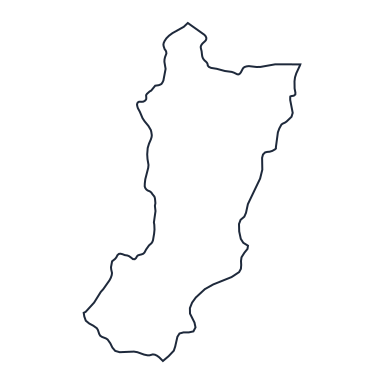 an SVG outline of Zamora Chinchipe
{"feature_id": "ECU-1269", "entity_name": "Zamora Chinchipe", "entity_type": "Province", "adm_level": 1, "iso_a3": "ECU", "parent_name": "Ecuador", "parent_adm1": "", "projection": "albers", "projection_center": [-78.963, -4.167], "detail": "fine", "context": "isolated", "style": "outline", "palette": "slate", "viewbox_px": 384, "rotation_deg": 0, "n_neighbors": 0, "source": "natural_earth", "source_scale": "10m", "svg_char_len": 2987}
<svg xmlns="http://www.w3.org/2000/svg" viewBox="0 0 384 384"><path d="M300.3,64.4L300.0,65.3L296.3,73.3L295.0,77.4L294.5,81.3L294.6,88.5L295.4,92.6L295.3,94.5L293.8,95.7L291.2,96.1L290.3,96.5L290.2,97.5L290.2,100.0L292.7,112.9L291.5,116.8L286.6,121.5L285.0,122.6L282.6,123.7L281.4,124.6L279.3,128.5L277.9,132.3L275.9,147.1L275.9,148.5L275.1,149.3L272.3,150.9L269.7,151.7L267.3,151.9L265.1,152.4L263.0,154.5L262.1,157.8L262.3,169.7L260.1,178.6L247.9,204.1L246.0,212.8L244.3,216.7L240.6,219.8L239.0,224.0L239.2,231.5L240.8,238.9L243.3,242.8L248.0,245.7L247.5,248.9L244.4,252.7L241.5,257.3L241.0,261.0L241.2,265.0L240.9,268.8L239.1,272.1L233.7,275.7L231.5,277.1L213.3,284.4L204.9,289.1L195.8,297.5L192.1,302.6L189.9,308.1L190.0,313.6L194.5,322.6L195.5,327.4L193.4,331.4L188.8,332.4L183.5,332.4L179.5,333.5L177.4,336.8L175.2,346.5L173.8,350.7L168.6,356.2L162.9,361.0L159.2,357.3L157.0,355.7L154.9,354.7L152.8,354.4L149.6,355.3L147.5,355.3L144.1,354.6L137.4,352.2L133.9,351.6L129.0,351.8L119.7,352.2L115.2,350.9L112.4,347.6L110.3,343.3L107.6,339.5L105.9,338.4L102.0,336.9L100.2,335.7L99.2,333.9L97.9,330.0L96.8,328.2L93.3,325.7L89.2,323.5L85.8,320.7L84.3,316.5L83.7,312.8L85.6,311.9L94.1,302.6L100.8,291.9L103.3,289.1L109.5,280.3L110.8,277.8L111.7,275.2L112.0,273.0L111.2,269.4L111.0,267.2L112.1,261.3L115.1,258.9L116.3,257.4L117.5,255.1L118.9,253.9L120.4,253.7L122.5,254.2L124.8,255.1L127.4,255.5L129.1,256.2L131.2,257.7L132.9,259.1L134.7,259.2L136.0,258.1L137.0,256.3L138.1,255.3L139.8,254.8L141.5,254.4L143.3,253.7L144.5,252.5L146.1,249.5L149.0,245.4L151.5,243.2L152.4,241.8L153.0,240.2L154.1,233.7L154.5,229.6L154.3,224.7L153.9,222.4L155.5,211.1L154.9,205.8L155.4,203.2L155.1,199.8L154.9,198.2L154.4,196.6L152.2,193.9L151.6,192.9L150.7,192.0L149.7,191.3L147.7,190.5L147.0,190.0L146.4,189.5L145.8,188.8L145.2,187.8L144.7,186.3L144.8,183.4L145.3,179.2L148.2,167.9L148.5,165.0L147.5,159.0L147.2,154.3L147.7,148.0L149.0,143.7L150.9,139.3L151.6,137.0L151.8,135.2L151.3,131.9L150.8,130.0L148.4,125.9L144.6,121.3L142.6,118.3L139.8,111.7L137.9,108.2L137.4,106.6L137.0,104.7L137.3,103.3L137.9,102.4L138.9,101.8L139.9,101.7L141.1,101.8L143.1,101.7L144.2,101.2L145.1,100.6L146.1,99.4L146.3,98.1L146.1,95.2L146.9,93.9L149.7,91.4L151.2,90.6L155.2,85.7L158.7,85.2L160.0,84.7L161.4,84.0L162.5,82.4L163.4,80.5L165.6,68.9L164.4,61.8L164.5,59.5L165.0,57.2L166.4,53.5L166.2,51.8L165.7,50.5L164.7,49.3L163.7,46.4L163.4,44.7L163.7,43.0L164.6,41.0L166.4,38.3L169.0,35.7L172.5,33.1L183.8,26.8L187.8,23.0L204.4,34.8L205.7,36.3L206.3,37.8L206.3,39.0L205.8,40.3L204.9,41.3L202.7,43.3L201.7,44.5L201.0,45.8L200.7,47.0L200.9,48.4L201.6,51.2L202.0,54.8L202.3,56.6L202.8,58.0L203.5,59.2L204.6,60.5L206.2,61.9L207.1,63.0L207.6,64.2L207.8,65.6L208.9,66.9L211.1,67.9L216.7,68.8L224.9,71.0L231.7,71.9L233.8,72.6L237.3,74.3L238.7,74.4L240.0,73.5L240.9,72.3L242.9,68.5L243.6,67.7L244.6,67.0L246.5,66.4L248.8,66.1L256.6,67.0L260.6,66.9L275.3,64.3L300.1,64.4L300.3,64.4Z" fill="none" stroke="#1e293b" stroke-width="2"/></svg>